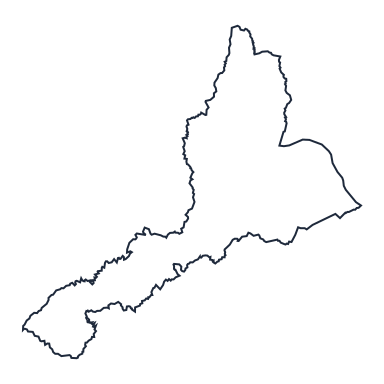 Kosamphi Nakhon, Kamphaeng Phet, Thailand (Robinson projection)
{"feature_id": "78962969B49200867447191", "entity_name": "Kosamphi Nakhon", "entity_type": "district", "adm_level": 2, "iso_a3": "THA", "parent_name": "Thailand", "parent_adm1": "Kamphaeng Phet", "projection": "robinson", "projection_center": [99.226, 16.58], "detail": "fine", "context": "isolated", "style": "outline", "palette": "slate", "viewbox_px": 384, "rotation_deg": 0, "n_neighbors": 0, "source": "geoboundaries", "source_scale": "gbopen_adm2", "svg_char_len": 5924}
<svg xmlns="http://www.w3.org/2000/svg" viewBox="0 0 384 384"><path d="M179.5,275.7L177.6,274.1L175.4,269.7L174.7,269.8L174.0,268.9L174.1,266.1L173.5,264.5L174.0,263.9L179.3,264.4L181.3,266.6L181.0,269.8L182.2,271.1L184.0,271.6L185.3,270.0L185.5,268.5L187.4,267.4L187.1,265.1L187.8,264.0L189.3,263.5L190.2,262.3L192.7,262.4L195.1,260.4L197.9,259.4L199.9,256.5L200.0,257.4L201.3,257.6L202.7,255.8L205.4,255.4L207.4,255.6L209.5,257.4L210.4,257.0L210.1,259.6L212.3,260.0L212.7,261.3L213.6,260.6L213.8,262.6L215.3,263.5L217.4,261.6L218.7,261.3L219.0,259.7L221.6,259.2L222.2,257.2L224.6,257.3L224.8,255.5L225.5,255.1L224.8,253.8L225.2,252.2L224.5,250.5L224.7,249.4L229.8,244.6L232.7,239.8L234.8,238.7L237.3,238.8L238.1,239.7L237.7,240.9L238.6,241.0L242.1,236.7L246.7,236.1L248.4,232.7L250.4,233.4L253.6,235.8L258.4,234.6L259.3,235.5L260.3,238.3L263.3,239.5L264.2,241.0L266.2,242.1L277.4,239.6L278.0,240.8L279.5,240.8L280.7,242.6L284.5,244.2L285.6,244.5L286.6,243.6L288.1,244.0L289.1,241.6L291.5,242.0L295.3,234.8L298.1,227.3L300.6,228.2L304.7,228.2L306.7,229.4L312.6,224.9L335.4,213.9L340.0,218.1L345.3,212.7L345.7,213.1L347.5,211.9L348.8,212.0L353.7,209.6L355.2,209.7L356.7,208.0L358.6,207.8L361.0,205.5L356.0,202.2L345.8,189.8L343.8,185.8L343.2,180.5L342.2,177.7L337.5,172.0L332.6,163.1L331.1,154.6L328.9,151.2L321.8,144.5L309.4,139.9L302.7,139.6L289.3,145.4L283.9,146.2L279.4,145.6L283.5,131.8L284.8,131.4L286.6,123.3L286.1,121.6L285.1,121.2L286.0,119.1L285.0,117.5L286.1,117.1L284.3,114.2L284.2,112.7L285.4,110.5L284.7,108.6L285.9,107.8L287.3,104.1L289.1,103.0L291.2,99.9L289.9,95.3L286.7,92.9L285.4,90.4L286.1,85.9L285.0,84.1L285.7,83.5L285.3,82.0L286.4,81.1L286.2,78.8L284.8,78.5L283.6,77.2L283.4,75.9L283.9,74.9L281.2,72.4L279.6,68.6L280.5,67.7L279.4,66.1L280.1,62.5L279.1,61.8L278.9,60.0L280.3,56.5L273.5,55.3L271.7,54.3L271.0,52.8L269.5,52.6L267.8,51.3L262.2,51.7L259.3,53.3L254.5,54.4L254.1,53.1L254.8,52.0L254.2,50.9L254.7,50.1L254.6,49.1L253.7,48.9L254.2,48.0L253.6,47.9L253.8,46.1L253.1,44.7L253.4,43.2L252.9,43.3L252.6,42.4L253.0,41.2L252.3,40.8L252.1,38.7L250.2,36.4L250.5,34.4L249.2,32.4L249.3,31.4L247.8,30.7L247.3,29.6L245.4,28.8L244.0,30.5L240.6,29.7L239.5,26.9L237.6,25.8L231.8,27.8L231.2,36.0L229.7,39.5L230.5,44.3L229.0,47.7L229.4,53.1L228.8,54.9L226.6,57.3L226.3,61.0L224.7,61.8L225.8,63.4L224.6,64.7L225.1,66.1L224.0,67.4L224.3,70.4L222.1,73.0L220.5,73.1L218.4,74.6L217.6,78.1L214.5,82.6L214.3,85.5L215.8,88.1L216.3,91.4L213.9,93.3L214.0,96.7L210.3,99.9L205.8,100.9L205.5,101.9L208.6,107.5L206.6,109.8L206.3,114.8L205.4,115.0L201.2,112.6L200.9,113.8L199.7,114.8L198.4,114.7L197.9,116.3L196.1,116.4L194.7,117.9L193.3,117.3L192.6,118.0L191.7,117.8L190.4,119.0L187.9,119.3L187.0,120.4L188.5,124.7L186.9,125.4L186.5,126.6L187.3,128.9L186.7,131.2L187.6,131.5L188.0,132.6L187.3,133.1L187.8,134.3L186.4,135.0L187.5,136.2L186.3,137.2L186.6,138.2L184.8,137.7L182.7,138.3L184.8,143.2L184.1,146.1L183.2,146.9L184.7,151.2L183.3,154.1L185.2,155.3L184.4,158.6L186.8,158.9L186.4,161.7L186.9,164.1L188.1,164.5L190.3,166.9L190.3,168.2L191.1,168.3L191.7,170.3L193.4,172.1L192.3,173.3L190.4,177.7L192.4,179.3L190.5,180.3L189.5,183.3L192.7,187.5L192.6,188.5L193.7,189.8L192.9,192.9L194.1,194.0L193.0,197.3L194.5,201.9L192.0,208.6L188.5,210.2L187.9,212.2L185.6,214.8L188.0,217.0L188.1,218.6L186.3,221.5L184.5,221.9L183.6,227.4L181.2,228.7L182.3,232.3L179.3,233.8L178.1,232.8L175.3,232.6L174.8,231.6L173.3,232.7L170.0,232.9L167.9,234.6L166.3,237.7L165.4,236.7L163.3,236.6L160.8,235.3L154.6,233.7L151.6,234.7L150.5,233.6L148.9,229.2L144.7,227.6L143.0,231.7L143.5,232.9L145.2,234.3L145.0,234.9L136.8,233.5L135.4,234.9L136.8,237.4L136.1,238.7L135.3,239.4L133.2,239.2L129.4,242.8L127.2,249.3L127.0,252.6L130.3,251.3L131.8,252.2L130.0,253.6L128.9,256.1L125.6,259.1L124.0,259.7L123.9,257.1L122.7,255.9L120.5,258.9L119.5,258.9L118.9,257.8L118.0,258.0L116.8,262.5L114.1,259.1L111.7,262.3L108.7,263.0L107.2,261.3L105.9,261.3L105.0,262.9L104.3,267.7L102.3,266.8L101.8,267.7L101.7,270.7L97.8,271.2L97.6,271.7L98.8,273.4L95.0,274.5L96.9,276.8L95.8,277.9L94.5,277.5L94.9,280.2L93.1,280.2L93.6,283.1L92.3,284.4L89.8,281.9L89.9,281.3L91.5,281.0L91.0,280.2L87.6,281.0L85.7,279.5L84.5,280.4L84.6,281.3L83.9,281.3L82.4,280.5L81.2,278.3L80.1,282.3L76.7,280.8L75.6,281.2L75.2,282.3L75.9,284.1L74.7,285.4L72.2,282.8L70.2,283.7L69.7,285.2L66.2,285.8L63.5,288.3L61.4,288.1L60.1,289.3L56.2,290.4L53.1,294.7L51.5,295.0L48.5,297.9L48.6,299.9L46.7,303.8L41.7,307.9L41.0,310.2L38.7,311.0L37.1,313.1L34.2,312.8L30.4,315.8L29.4,318.5L26.7,320.5L24.6,324.6L23.2,325.9L23.0,329.9L24.0,328.8L25.4,328.9L27.0,329.5L28.0,331.5L32.8,331.9L34.7,335.8L38.5,336.6L40.2,340.8L41.4,341.3L44.4,340.8L45.1,344.9L47.4,343.5L49.2,343.6L49.9,347.4L52.2,349.3L53.2,352.1L55.2,353.8L58.0,353.8L61.4,356.1L69.5,355.1L70.7,355.9L71.4,357.9L76.7,358.2L77.9,357.6L77.9,356.5L79.6,354.8L82.3,353.7L82.4,351.8L83.3,351.7L83.4,349.0L85.9,346.2L85.1,345.0L85.5,342.7L86.9,342.6L88.7,340.6L91.4,339.1L92.0,336.9L94.2,337.0L93.7,334.0L96.0,331.1L94.5,329.5L95.9,325.6L94.1,327.0L93.0,326.6L94.5,323.0L92.4,324.2L91.0,323.1L91.7,322.4L89.9,322.7L89.3,321.2L88.1,322.4L87.5,322.0L87.4,321.0L88.9,320.6L89.1,319.6L87.7,318.3L86.7,318.9L86.1,317.8L86.8,316.5L85.4,313.5L86.4,311.0L87.5,311.3L87.9,310.7L88.7,311.7L91.3,310.3L92.9,311.6L95.2,312.0L97.1,310.9L100.3,310.8L103.7,307.9L107.3,307.6L108.8,308.3L108.4,305.4L111.0,303.5L114.6,304.0L118.2,301.9L121.1,304.2L120.9,305.4L122.6,307.3L122.6,308.7L123.8,310.5L126.3,310.0L126.9,306.5L128.9,306.2L130.3,306.7L130.8,308.1L131.9,308.5L131.8,309.4L135.0,311.6L135.1,307.4L139.9,305.6L140.2,304.0L142.3,303.3L142.0,301.0L144.7,300.4L146.2,298.5L148.0,298.9L148.3,297.2L149.3,297.4L151.1,295.0L152.3,295.0L151.4,292.1L153.3,288.0L154.4,287.8L156.0,284.9L160.2,289.3L163.1,285.0L164.1,281.7L165.9,279.6L167.6,280.9L169.0,279.1L170.7,280.6L171.6,279.4L173.6,279.4L175.7,277.3L179.5,275.7Z" fill="none" stroke="#1e293b" stroke-width="2"/></svg>